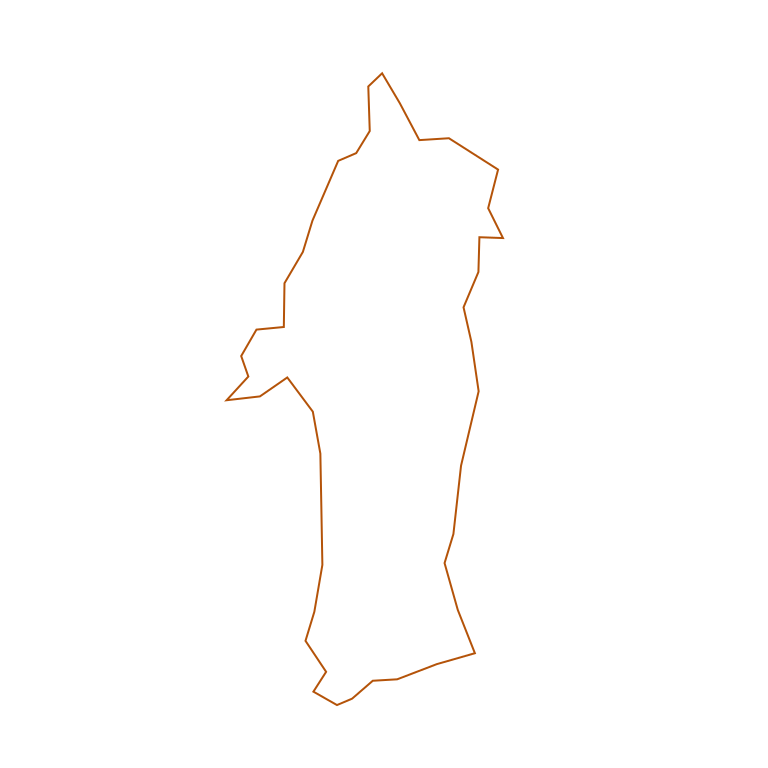 Kizirik, Surkhandarya, Uzbekistan (orthographic projection), rotated 335°
{"feature_id": "79887680B98909134943467", "entity_name": "Kizirik", "entity_type": "district", "adm_level": 2, "iso_a3": "UZB", "parent_name": "Uzbekistan", "parent_adm1": "Surkhandarya", "projection": "orthographic", "projection_center": [67.318, 37.714], "detail": "fine", "context": "isolated", "style": "outline", "palette": "amber", "viewbox_px": 768, "rotation_deg": 335, "n_neighbors": 0, "source": "geoboundaries", "source_scale": "gbopen_adm2", "svg_char_len": 706}
<svg xmlns="http://www.w3.org/2000/svg" viewBox="0 0 768 768"><g transform="rotate(335 384 384)"><path d="M234.5,332.2L266.3,342.8L299.1,337.2L307.8,379.0L296.9,420.2L274.3,471.1L251.7,521.9L224.6,561.0L204.3,583.6L209.9,620.4L190.0,633.0L205.7,655.1L222.1,655.7L248.4,648.2L271.1,657.2L313.5,660.2L352.6,666.4L355.4,619.9L363.2,571.9L383.5,549.3L419.3,490.6L466.7,430.6L481.0,382.8L488.5,348.1L516.9,322.4L532.5,291.3L553.5,302.0L552.7,268.7L578.0,237.9L546.7,188.7L519.1,177.9L517.0,136.2L513.6,101.6L495.5,107.7L478.0,148.7L456.4,163.0L436.8,162.4L388.2,205.7L366.3,230.0L336.4,250.6L317.3,290.0L291.4,280.8L266.4,298.3L264.2,319.9L234.5,332.2Z" fill="none" stroke="#b45309" stroke-width="2"/></g></svg>